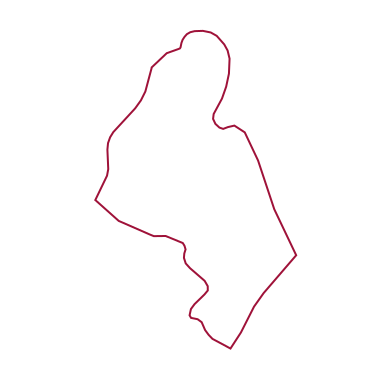 SVG path tracing the border of Can Tho, rotated 264°
{"feature_id": "VNM-499", "entity_name": "Can Tho", "entity_type": "Province", "adm_level": 1, "iso_a3": "VNM", "parent_name": "Vietnam", "parent_adm1": "", "projection": "mercator", "projection_center": [105.615, 10.245], "detail": "fine", "context": "isolated", "style": "outline", "palette": "rose", "viewbox_px": 384, "rotation_deg": 264, "n_neighbors": 0, "source": "natural_earth", "source_scale": "10m", "svg_char_len": 1001}
<svg xmlns="http://www.w3.org/2000/svg" viewBox="0 0 384 384"><g transform="rotate(264 192 192)"><path d="M118.2,289.0L84.0,252.7L71.5,241.7L47.2,226.0L32.3,213.9L43.8,197.0L48.2,193.6L53.3,190.6L61.5,188.0L64.9,184.3L66.9,177.9L69.6,176.7L75.7,178.7L80.2,182.8L88.8,193.7L92.4,197.4L96.7,197.8L102.3,195.3L116.4,182.1L121.6,178.3L127.3,177.1L131.6,177.9L135.6,179.6L139.3,178.9L142.2,177.5L151.0,161.2L152.1,149.4L154.3,145.3L170.9,116.1L194.1,95.0L217.1,109.2L223.5,111.1L243.0,112.3L249.4,113.6L255.0,116.3L259.8,120.0L281.1,144.2L288.5,150.8L296.8,156.1L319.5,164.8L320.1,164.9L332.7,181.4L335.7,193.8L336.1,195.0L337.0,195.7L341.4,197.1L344.4,198.6L347.1,200.8L349.5,203.4L351.1,207.0L351.7,211.5L351.1,219.7L348.7,227.3L344.7,232.9L335.4,239.5L329.0,242.2L320.7,243.3L305.8,241.1L293.2,237.0L281.8,231.6L267.3,221.7L262.5,220.6L257.3,222.4L253.2,226.0L251.5,229.6L252.8,234.5L253.6,241.1L245.8,250.7L216.4,261.0L166.3,272.0L118.2,289.0Z" fill="none" stroke="#9f1239" stroke-width="2"/></g></svg>